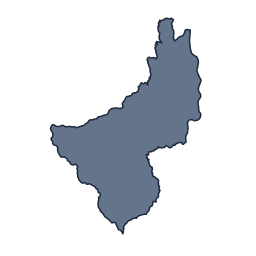 Sopetrán, Antioquia, Colombia, rotated 174°
{"feature_id": "7082276B56880997527404", "entity_name": "Sopetrán", "entity_type": "district", "adm_level": 2, "iso_a3": "COL", "parent_name": "Colombia", "parent_adm1": "Antioquia", "projection": "orthographic", "projection_center": [-75.752, 6.515], "detail": "fine", "context": "isolated", "style": "filled", "palette": "slate", "viewbox_px": 256, "rotation_deg": 174, "n_neighbors": 0, "source": "geoboundaries", "source_scale": "gbopen_adm2", "svg_char_len": 5833}
<svg xmlns="http://www.w3.org/2000/svg" viewBox="0 0 256 256"><g transform="rotate(174 128 128)"><path d="M202.3,139.2L202.7,139.2L204.4,137.3L205.1,135.7L204.8,133.7L203.5,131.2L203.2,130.0L203.6,128.6L203.8,127.1L204.0,126.8L204.9,126.5L205.3,126.1L205.7,124.6L204.6,123.0L204.4,122.1L204.6,120.7L204.2,119.7L203.4,118.9L202.0,118.4L200.8,117.6L200.2,116.9L200.1,116.1L200.3,113.5L200.2,111.8L199.8,110.5L198.3,107.1L197.3,106.0L194.5,105.8L193.2,105.1L191.8,103.7L191.7,102.2L191.2,101.6L189.6,100.5L189.3,99.0L188.1,97.6L187.5,97.2L186.0,96.9L184.6,97.5L183.7,97.5L183.2,96.4L182.0,95.3L181.9,94.9L182.8,93.8L183.0,93.3L182.9,91.5L182.6,90.8L182.6,89.6L183.1,89.0L183.2,88.5L183.0,87.2L183.0,84.2L182.4,83.1L182.2,81.5L180.4,79.0L179.0,78.0L178.1,77.8L176.9,78.2L176.0,77.9L175.7,77.7L175.5,76.8L174.7,76.4L173.6,76.3L172.4,76.6L171.2,76.1L169.8,74.9L167.6,73.6L167.2,73.2L165.7,70.7L164.8,70.1L164.4,69.4L164.3,68.5L164.5,67.7L164.2,66.9L162.9,66.5L162.5,65.4L162.8,63.9L163.2,62.8L163.5,62.5L164.5,62.3L164.5,59.9L165.3,58.1L165.5,56.6L165.8,55.9L165.7,52.1L164.3,49.9L164.1,47.8L162.6,46.6L161.4,44.6L160.4,42.4L156.5,38.7L154.3,35.7L153.9,35.3L153.4,35.3L152.8,35.6L151.8,35.6L150.3,35.1L150.1,33.9L149.5,32.5L149.4,31.6L148.5,29.8L148.3,28.3L148.1,28.0L146.1,27.0L144.9,25.2L144.1,22.9L143.9,24.3L143.5,25.2L143.1,27.6L142.5,28.5L142.8,30.4L141.1,32.1L140.8,32.8L140.1,33.0L139.1,33.7L138.2,35.1L136.3,36.0L135.0,36.2L133.5,37.0L131.7,37.7L130.5,37.8L129.6,37.3L129.1,37.3L128.1,38.8L125.6,39.8L120.8,40.6L119.0,40.3L117.7,42.2L115.8,43.6L115.4,44.6L115.4,45.3L114.9,45.9L114.2,47.3L112.1,48.1L111.1,50.7L111.2,51.3L110.7,52.1L110.4,52.3L109.7,52.2L108.1,51.6L107.7,51.6L107.6,52.1L107.9,52.9L107.1,54.7L106.4,55.5L105.7,55.7L104.8,56.6L104.7,59.2L103.5,61.0L103.2,61.9L102.7,62.6L102.8,62.9L103.5,63.4L103.5,63.8L103.1,64.6L103.5,65.5L102.9,66.7L103.5,68.0L103.7,68.9L103.3,70.0L103.8,70.8L103.1,72.0L103.1,72.6L103.8,74.2L105.2,74.7L105.5,75.4L106.0,75.7L106.2,76.3L108.1,77.3L108.0,78.1L108.5,78.7L108.8,79.9L108.3,80.3L108.3,81.1L108.9,81.9L109.0,83.0L108.9,83.3L108.5,83.4L108.1,83.9L108.0,85.8L108.5,86.2L108.5,86.9L109.0,86.9L110.0,87.8L110.2,88.7L110.8,89.9L110.7,92.7L111.4,93.3L111.5,93.7L110.9,94.3L111.5,94.4L111.3,94.9L111.3,95.2L112.3,95.8L112.0,96.6L112.5,97.1L112.3,97.6L112.6,99.0L112.4,99.5L112.0,99.6L111.4,99.1L110.9,99.2L110.4,99.1L110.2,99.5L110.3,101.0L110.0,101.9L109.5,102.1L106.9,101.9L106.6,102.5L106.1,102.7L104.7,102.5L103.9,103.5L102.0,103.9L101.3,104.6L100.4,105.0L100.1,105.4L100.1,106.0L99.9,106.0L98.9,105.1L98.2,105.2L96.1,104.7L93.6,105.0L92.9,105.4L92.4,106.2L91.7,106.3L90.9,106.0L89.1,104.2L88.4,104.0L86.7,104.3L85.6,105.9L85.2,106.1L83.3,105.9L83.1,106.1L82.9,106.8L82.4,106.7L82.0,106.9L81.5,107.7L80.8,107.5L78.6,108.3L77.7,108.0L76.5,108.1L75.4,106.2L74.8,106.0L74.3,106.3L73.1,107.3L71.8,107.7L71.7,109.1L71.8,112.1L70.9,114.9L70.2,115.6L69.4,116.8L68.8,119.8L68.3,121.3L68.4,126.5L67.7,128.2L66.2,129.5L64.9,129.7L63.5,129.5L61.1,128.3L59.8,128.3L57.8,128.6L56.0,129.7L54.8,131.4L54.2,134.0L54.3,134.9L55.5,136.6L55.7,137.0L55.6,142.7L55.8,143.8L55.8,145.1L55.4,146.4L55.4,147.8L53.5,149.9L52.3,151.8L52.5,154.3L53.8,156.9L54.0,158.8L53.7,160.7L50.6,167.0L50.3,167.8L50.6,168.8L51.7,171.2L52.1,172.8L52.7,174.4L53.5,177.9L53.4,178.7L52.5,180.9L51.1,185.9L51.1,188.1L52.3,191.8L54.3,192.9L57.1,195.8L57.2,197.5L57.6,199.0L57.8,207.7L57.6,209.5L56.0,217.2L56.0,219.1L57.3,219.2L59.2,219.9L60.7,219.4L61.4,218.2L62.2,216.2L63.0,215.0L63.9,214.0L66.7,213.5L68.8,212.3L69.9,211.3L72.4,209.8L73.3,212.2L73.2,214.4L72.6,217.1L72.4,219.1L72.7,220.8L73.6,222.2L73.2,223.9L73.2,224.6L73.9,227.0L72.1,229.7L71.6,231.2L72.8,231.8L73.4,232.7L74.7,232.1L76.2,232.4L77.6,233.0L78.3,232.8L78.6,233.1L79.0,232.9L80.0,232.9L81.0,231.9L82.2,231.6L84.3,231.4L85.2,231.7L85.5,231.1L84.9,230.4L84.9,230.0L85.2,229.9L85.6,230.2L86.5,229.9L86.4,229.2L86.9,228.3L86.5,227.7L86.4,226.4L86.7,226.2L87.3,226.2L87.7,225.7L87.7,225.3L87.7,221.5L86.5,218.9L87.5,215.9L87.6,213.4L87.3,212.4L85.7,209.4L89.3,210.7L90.5,210.9L90.4,208.9L91.1,209.2L90.7,208.4L91.3,208.8L92.0,208.0L92.3,207.2L91.7,205.9L92.8,205.1L92.8,204.0L92.3,203.2L92.1,202.2L92.4,201.6L91.9,198.7L91.7,198.3L91.8,197.0L91.4,195.4L92.8,193.8L93.4,194.3L94.0,195.1L94.5,195.3L98.1,195.2L98.4,195.3L99.3,196.2L99.6,196.2L100.7,195.6L101.2,195.5L101.8,194.1L101.9,193.6L101.6,192.8L101.2,192.6L101.4,192.2L101.4,190.5L101.0,189.3L100.3,185.8L99.9,185.3L99.7,184.2L100.2,182.5L99.9,181.3L100.0,180.9L99.7,180.3L99.9,179.6L99.8,177.4L100.2,177.4L100.6,176.5L100.8,175.6L101.4,175.7L101.0,174.5L101.3,174.4L101.7,174.6L101.9,173.2L102.8,173.2L103.3,172.5L103.6,171.8L103.4,171.4L103.9,170.3L103.8,169.0L104.3,169.2L104.9,170.8L105.3,171.2L106.0,171.4L106.6,171.2L107.5,170.4L107.8,170.3L108.5,170.5L109.3,171.3L110.0,171.6L110.4,170.8L111.2,170.3L111.6,168.7L111.9,168.5L112.8,168.5L113.3,168.1L113.5,167.7L113.1,165.8L113.9,165.0L114.0,163.6L114.4,163.1L115.2,163.0L116.8,162.2L117.8,162.4L118.5,162.1L119.8,162.1L120.3,161.7L120.5,160.8L122.0,159.7L123.1,159.9L124.0,159.4L125.9,159.4L127.1,158.3L128.1,156.3L130.5,153.8L131.1,152.9L131.1,151.7L130.9,150.8L131.0,150.2L130.7,149.3L131.2,148.7L133.1,148.1L133.8,148.6L135.2,148.3L136.7,149.0L138.5,149.3L140.5,148.9L141.1,149.2L141.9,148.9L142.7,148.9L143.6,148.0L144.8,147.5L146.6,144.4L148.1,143.3L150.3,143.3L153.4,142.4L155.1,142.3L155.6,142.2L156.3,142.3L157.8,140.8L158.9,140.3L160.8,140.4L162.6,139.7L163.8,140.1L164.4,140.0L164.7,139.7L165.5,139.9L167.0,138.4L167.6,137.3L169.5,136.9L170.6,135.8L172.0,135.1L173.8,135.0L175.1,134.5L176.8,134.3L178.6,133.6L179.4,133.7L180.4,134.6L181.1,134.7L184.0,135.1L185.5,135.6L190.2,135.8L192.0,137.2L192.9,137.5L193.4,137.5L196.0,136.7L198.4,136.9L199.2,137.3L201.2,138.7L202.3,139.2Z" fill="#64748b" stroke="#1e293b" stroke-width="1.5"/></g></svg>